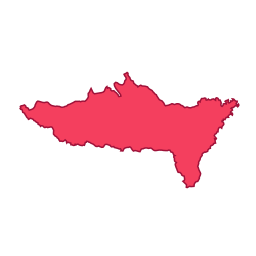 Antônio João, Mato Grosso do Sul, Brazil, rotated 4°
{"feature_id": "56859067B56102321418864", "entity_name": "Antônio João", "entity_type": "district", "adm_level": 2, "iso_a3": "BRA", "parent_name": "Brazil", "parent_adm1": "Mato Grosso do Sul", "projection": "albers", "projection_center": [-55.96, -22.223], "detail": "fine", "context": "isolated", "style": "filled", "palette": "rose", "viewbox_px": 256, "rotation_deg": 4, "n_neighbors": 0, "source": "geoboundaries", "source_scale": "gbopen_adm2", "svg_char_len": 5860}
<svg xmlns="http://www.w3.org/2000/svg" viewBox="0 0 256 256"><g transform="rotate(4 128 128)"><path d="M235.2,98.5L234.7,97.2L234.1,96.0L235.0,94.9L235.1,93.7L233.9,93.7L232.8,93.2L232.2,92.5L231.4,91.8L230.1,91.7L230.9,92.9L230.0,93.9L228.7,93.7L228.5,95.1L227.0,96.0L226.0,95.3L226.5,93.9L226.0,92.8L225.2,93.5L224.1,93.7L223.0,94.6L224.0,95.5L224.3,97.1L222.8,96.9L221.4,97.3L221.2,98.9L220.3,99.9L219.4,99.4L219.0,98.3L219.2,97.1L219.1,96.0L218.4,94.7L217.9,93.7L216.8,94.0L216.1,92.7L215.3,91.9L214.0,91.7L213.3,92.5L213.4,94.2L212.3,93.6L211.4,93.0L209.7,93.4L208.7,94.2L207.7,94.3L206.7,94.1L206.1,93.5L205.6,94.2L204.6,94.7L203.8,94.5L203.7,93.1L202.6,92.7L200.9,93.3L199.3,93.5L198.9,94.5L198.3,95.6L198.1,97.0L197.0,96.4L196.1,97.0L195.8,98.2L196.5,99.4L196.1,100.8L194.9,101.0L193.7,101.6L192.6,102.3L191.1,102.6L189.1,103.5L187.5,103.5L185.4,102.9L184.1,103.5L183.0,103.7L181.6,102.5L180.2,101.8L179.3,101.7L178.5,101.0L177.5,100.5L176.2,100.3L174.6,100.5L173.2,101.2L172.3,101.3L171.4,100.9L170.1,100.7L168.9,101.4L166.6,102.5L164.8,102.9L163.8,103.2L162.9,102.4L162.1,100.8L160.2,98.7L158.0,97.9L157.2,97.5L154.5,94.0L154.0,92.9L152.9,92.4L151.9,91.6L151.3,90.8L150.3,90.1L149.6,89.1L148.8,88.6L147.2,87.9L146.3,87.4L145.6,86.8L144.6,85.6L142.0,85.1L140.5,85.1L139.1,85.1L137.8,84.4L136.1,85.3L135.0,86.3L134.3,85.3L133.0,84.7L132.1,84.0L131.4,83.5L130.6,83.0L130.4,82.0L129.7,80.7L127.9,80.4L126.8,78.9L126.3,77.5L125.3,76.6L124.3,75.2L124.2,73.4L123.2,72.7L122.4,73.5L121.4,74.0L120.3,74.7L121.2,76.3L122.2,77.3L122.7,78.5L122.6,79.9L121.6,80.9L121.2,83.3L120.3,84.8L119.3,85.4L118.4,85.4L116.6,85.1L115.7,84.7L114.3,83.7L112.6,83.3L111.2,84.7L111.4,86.2L111.8,87.2L113.2,89.5L117.0,93.7L118.3,95.3L118.7,96.7L116.8,97.3L116.1,96.6L115.8,95.5L114.7,94.6L114.0,93.8L112.9,93.2L112.0,92.3L111.2,91.8L110.3,92.0L109.0,92.0L108.1,91.2L108.2,90.2L107.3,89.5L106.1,89.0L104.7,89.7L104.1,88.1L103.1,89.1L102.6,90.3L101.8,92.9L100.6,94.0L99.0,94.6L92.1,96.2L90.7,95.2L88.4,91.1L87.8,92.4L87.3,93.9L86.7,95.4L85.9,96.2L86.0,97.8L86.3,99.7L85.9,100.7L84.7,102.8L83.1,104.4L81.6,104.3L80.2,104.5L78.8,105.1L77.7,104.7L76.5,104.9L75.3,105.0L73.5,105.1L71.5,106.5L69.5,107.6L68.0,108.5L66.6,108.9L65.8,109.9L64.6,110.7L63.7,110.8L62.9,111.4L61.8,111.7L60.7,112.0L59.3,111.7L57.8,111.2L56.8,111.3L55.5,111.1L54.4,111.5L53.3,111.4L50.2,110.9L48.7,110.1L47.7,109.4L46.8,108.4L45.9,107.9L44.8,107.9L42.7,108.5L40.9,108.4L37.3,107.6L36.1,107.5L35.1,108.4L34.4,110.1L33.9,111.2L33.5,113.2L32.9,114.2L31.8,115.5L30.7,116.1L28.5,117.0L27.6,116.6L27.3,115.4L26.0,114.8L24.8,114.5L24.5,113.3L23.2,112.2L21.1,113.1L19.9,113.3L19.1,114.0L19.6,114.9L19.0,116.1L19.7,116.9L20.7,116.8L21.4,118.0L21.9,119.7L23.0,120.1L23.9,120.6L24.4,121.7L25.3,122.7L25.9,123.8L26.6,124.6L27.7,125.4L28.1,126.3L29.1,125.8L29.8,125.1L31.6,125.5L33.0,126.1L33.6,127.1L34.6,127.3L35.4,128.0L36.4,128.7L37.7,129.0L38.1,130.6L39.3,131.0L40.1,131.5L40.6,132.5L41.4,131.8L42.5,131.8L43.4,132.3L44.0,133.0L45.1,133.4L46.0,132.9L47.0,132.8L47.9,133.2L48.9,132.8L50.0,132.6L51.1,132.2L52.4,132.7L54.0,135.4L54.0,138.4L54.2,139.5L54.9,140.1L55.7,141.0L56.5,141.4L57.4,141.7L58.0,142.7L59.3,143.4L60.0,144.7L61.0,146.0L62.2,145.7L63.7,146.0L64.7,145.6L65.5,144.9L66.1,144.2L67.2,145.0L67.6,146.4L68.0,147.3L68.6,146.4L69.8,146.6L70.8,146.9L72.0,147.1L72.2,148.7L73.4,148.7L74.7,149.2L75.9,149.0L76.4,147.9L77.2,148.6L78.2,147.8L79.2,147.6L80.2,148.1L81.3,148.5L82.7,148.7L83.8,148.7L84.6,148.1L85.7,148.3L86.1,147.0L86.4,145.4L87.4,145.1L87.7,144.2L89.0,144.3L90.0,144.9L91.0,145.0L91.8,145.6L93.2,146.1L94.5,146.6L95.8,147.5L96.6,148.2L97.5,148.6L98.9,148.5L100.1,148.0L101.3,148.6L103.0,149.1L104.4,148.9L105.1,148.1L105.5,147.1L106.3,146.1L107.3,145.8L108.6,145.9L109.8,146.3L111.2,146.4L112.3,147.6L113.1,148.0L114.2,147.7L115.1,147.5L115.7,148.4L118.1,148.8L119.8,149.2L120.8,149.6L122.0,149.3L122.7,150.4L122.4,151.3L123.5,151.2L124.5,151.3L125.4,149.1L126.1,148.4L127.3,147.8L128.7,147.4L130.0,147.3L131.1,146.7L132.1,147.2L133.9,149.6L135.0,150.6L136.6,150.0L138.8,150.3L140.4,150.7L141.6,150.8L142.2,149.4L142.5,148.4L143.5,147.8L144.7,147.6L145.5,147.1L146.4,146.8L147.3,146.6L148.3,146.6L149.8,146.9L151.1,146.6L152.1,146.4L153.1,146.8L154.8,148.1L155.9,148.6L157.3,148.6L159.1,148.2L160.6,147.8L161.9,147.8L163.1,147.7L164.7,147.9L167.6,147.9L169.0,147.8L170.1,147.2L171.5,147.3L172.4,148.9L174.3,149.3L175.5,151.7L176.7,152.3L175.7,152.8L175.7,153.9L176.5,155.2L176.5,156.4L176.8,157.7L177.6,158.5L178.7,159.0L177.6,160.7L177.9,161.9L178.8,164.1L179.6,165.6L180.1,166.9L181.1,168.7L183.1,168.8L184.6,170.2L184.8,171.1L186.2,171.9L187.4,172.1L188.1,175.2L187.7,176.5L186.5,177.3L190.3,180.5L190.3,183.1L191.2,183.3L192.4,182.5L193.8,181.8L194.8,182.1L197.9,181.6L198.0,179.4L198.6,178.1L199.7,176.8L201.3,176.4L202.1,174.7L202.7,173.4L202.6,172.2L203.5,169.7L203.6,168.2L201.6,164.6L200.8,162.5L200.2,161.5L200.6,160.2L201.0,158.5L200.8,157.5L201.2,156.2L201.9,155.0L202.2,153.9L202.3,152.8L203.0,151.5L203.9,150.3L203.7,148.9L204.6,147.8L206.1,146.7L207.2,146.7L209.1,145.7L209.3,144.2L210.4,142.9L211.6,142.5L211.4,141.3L212.0,139.8L213.5,139.2L214.3,138.4L214.4,137.5L215.3,137.3L216.4,136.9L216.0,136.0L215.8,134.4L215.2,132.8L216.5,133.1L216.9,132.2L216.1,131.4L215.3,130.6L214.6,129.7L215.2,128.1L216.4,127.4L217.1,125.7L218.1,125.5L218.0,124.6L218.2,122.6L218.9,121.2L220.1,120.8L221.5,121.7L221.8,119.8L222.6,118.9L223.3,117.8L223.1,116.4L222.3,115.3L221.3,115.1L221.5,113.9L222.6,113.7L222.6,112.6L224.2,112.8L224.7,111.6L225.2,110.6L227.5,110.3L226.9,109.4L228.1,107.8L228.9,107.2L230.0,107.2L231.2,107.9L231.4,106.8L230.8,105.8L229.2,105.6L229.3,104.5L231.0,102.9L230.5,101.7L229.4,101.2L230.2,100.4L231.7,100.2L233.7,98.2L235.2,98.5ZM235.2,98.5L235.9,99.2L236.6,98.4L237.0,97.4L236.5,96.4L235.8,97.1L235.2,98.5Z" fill="#f43f5e" stroke="#9f1239" stroke-width="1.5"/></g></svg>